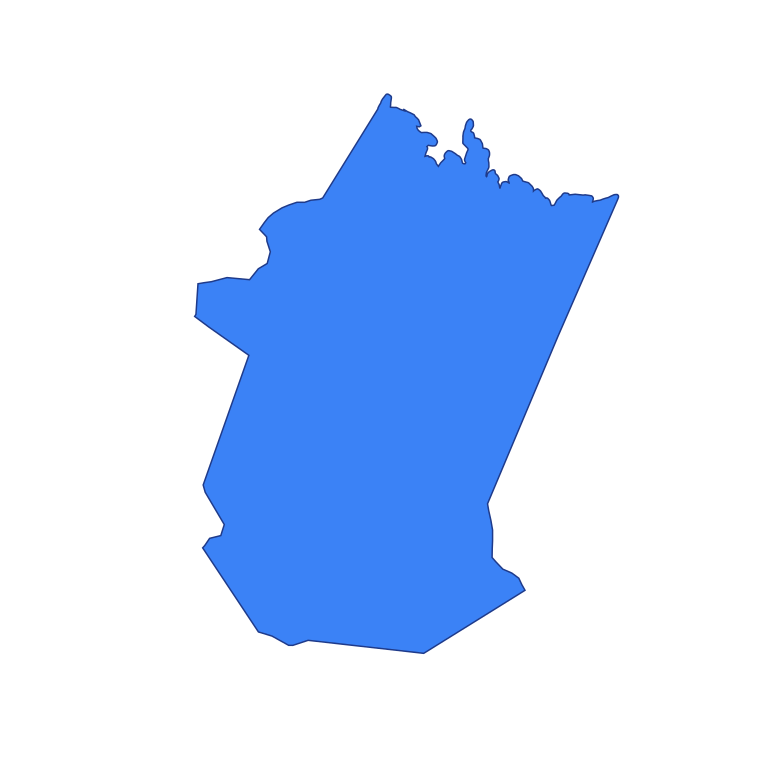 the district of Añisoc, Wele-Nzás, Equatorial Guinea, rotated 203°
{"feature_id": "11065452B27397509806446", "entity_name": "Añisoc", "entity_type": "district", "adm_level": 2, "iso_a3": "GNQ", "parent_name": "Equatorial Guinea", "parent_adm1": "Wele-Nzás", "projection": "natural_earth1", "projection_center": [10.841, 1.768], "detail": "fine", "context": "isolated", "style": "filled", "palette": "blue", "viewbox_px": 768, "rotation_deg": 203, "n_neighbors": 0, "source": "geoboundaries", "source_scale": "gbopen_adm2", "svg_char_len": 5835}
<svg xmlns="http://www.w3.org/2000/svg" viewBox="0 0 768 768"><g transform="rotate(203 384 384)"><path d="M241.0,645.0L241.1,647.2L241.2,647.6L241.3,648.0L241.5,648.4L241.7,648.7L241.9,649.0L242.1,649.1L242.3,649.2L242.6,649.3L242.9,649.5L243.1,649.4L243.3,649.5L243.7,649.4L244.0,649.3L245.5,648.6L245.8,648.3L246.2,648.1L248.6,645.5L250.4,643.3L252.6,641.6L254.9,639.6L256.8,637.7L259.1,636.3L261.8,634.4L262.0,634.2L263.2,633.0L263.3,633.2L263.2,633.6L263.6,635.7L263.7,636.1L263.8,636.5L264.0,636.9L264.3,637.1L264.6,637.4L265.3,637.9L265.5,638.0L266.1,638.2L266.4,638.3L266.6,638.2L266.8,638.2L268.7,637.8L272.8,636.7L273.0,636.5L273.3,636.4L274.5,635.7L282.1,633.4L282.3,633.2L282.5,633.2L287.4,630.4L287.6,630.7L288.4,631.3L288.6,631.3L289.5,631.3L292.2,630.5L293.1,629.8L293.7,628.7L294.4,625.7L294.6,625.5L294.8,625.1L295.1,624.7L296.1,622.3L296.7,620.7L296.7,620.2L296.8,619.8L297.0,616.8L297.3,615.0L299.2,613.9L299.6,613.7L300.5,614.4L302.0,616.3L303.3,617.7L303.7,617.8L304.0,618.1L305.6,618.8L305.8,618.8L306.0,618.9L306.3,618.9L306.7,618.9L306.9,618.8L307.1,618.8L307.3,618.5L307.7,618.4L307.8,618.2L308.0,618.2L308.2,618.3L308.3,618.5L308.6,618.7L308.9,618.9L310.9,619.6L313.0,621.2L315.4,622.9L315.7,622.9L316.0,623.1L317.8,623.6L318.9,623.6L319.8,622.9L321.3,621.1L321.4,620.8L321.6,620.5L321.8,620.0L322.6,621.9L323.3,622.7L324.8,623.8L325.0,623.9L325.2,624.0L329.2,625.6L330.1,625.7L334.4,625.1L335.7,625.1L337.4,626.7L337.8,626.8L338.2,627.1L341.5,628.2L341.8,628.2L342.0,628.2L344.5,628.2L344.9,628.1L345.3,628.0L346.6,627.4L346.8,627.2L347.1,627.0L349.0,625.2L349.6,624.3L349.7,624.2L349.8,623.0L349.6,621.0L349.5,620.8L349.4,620.5L349.3,620.2L349.2,619.9L349.0,619.7L348.8,619.5L347.7,618.5L347.4,617.9L347.8,617.9L350.0,618.2L350.5,618.0L350.9,618.0L353.1,616.6L353.7,615.9L353.8,615.7L354.1,614.7L353.9,610.6L353.6,609.4L353.5,609.2L354.4,610.2L355.7,612.3L356.0,612.5L356.2,612.8L357.8,614.1L358.2,614.6L358.1,614.9L358.1,615.2L358.0,615.4L358.0,616.6L358.2,617.7L358.2,617.8L358.9,618.7L360.8,620.3L361.2,620.4L361.5,620.6L363.5,621.2L364.0,621.7L364.7,622.9L364.9,623.1L365.0,623.4L365.3,623.5L365.5,623.8L366.0,624.0L366.3,623.9L366.6,624.0L366.8,623.9L367.0,623.9L367.3,623.7L367.6,623.6L367.8,623.4L368.0,623.3L369.9,620.9L370.1,620.5L370.3,620.2L370.8,618.7L370.9,618.4L370.9,617.9L371.0,617.5L370.9,617.3L370.9,617.1L370.5,615.5L370.6,615.0L371.3,615.3L371.7,616.3L372.4,618.9L372.2,621.4L372.1,624.0L372.4,625.2L374.0,628.7L374.2,628.9L374.3,629.1L375.2,630.4L376.0,632.1L376.2,635.5L376.4,636.0L376.5,636.5L377.2,638.1L377.5,638.4L377.7,638.8L378.9,640.0L379.3,640.2L379.7,640.4L379.8,640.4L381.4,640.6L381.7,640.6L382.1,640.6L384.9,639.8L385.2,640.0L387.0,643.1L387.2,643.4L387.5,643.8L390.6,646.3L391.0,646.4L391.4,646.6L393.8,646.6L394.0,646.5L395.9,646.2L396.0,646.1L396.6,646.0L396.8,646.0L397.3,647.1L397.5,647.4L397.7,647.7L399.2,649.6L399.5,649.7L399.7,650.0L399.9,650.0L400.2,650.2L400.4,650.2L400.7,650.3L402.0,650.3L402.8,650.6L403.3,651.5L402.9,652.6L402.8,653.0L402.7,653.3L402.5,656.0L402.6,656.5L402.7,657.0L404.3,660.2L404.6,660.5L404.9,660.8L406.6,661.7L407.6,661.8L408.6,661.3L409.3,660.3L410.1,657.9L410.1,657.4L410.2,656.8L410.0,653.8L409.9,653.6L409.9,653.3L409.3,650.8L409.3,647.4L409.2,647.1L409.2,646.7L408.2,642.9L408.0,642.6L406.7,639.4L405.9,637.3L405.7,637.0L405.6,636.7L405.4,636.6L405.3,636.3L405.0,636.2L404.7,636.0L398.9,633.6L398.2,632.5L398.3,629.2L397.7,622.7L397.5,622.3L397.5,621.9L397.4,621.7L397.0,621.2L396.8,620.9L395.2,619.6L395.4,618.6L395.5,618.3L396.7,617.9L397.8,617.9L398.5,618.6L400.2,620.8L400.4,621.0L400.6,621.2L402.7,622.7L403.8,623.1L405.8,623.2L408.2,623.9L412.3,624.6L412.6,624.6L412.9,624.6L415.3,624.2L416.2,623.8L416.3,623.7L416.9,622.8L417.7,620.8L417.9,619.7L417.9,618.5L417.9,618.3L417.9,618.1L417.7,617.7L417.6,617.2L417.4,616.9L416.2,615.2L416.3,614.7L417.1,612.6L418.3,609.6L418.3,609.3L418.4,609.0L418.8,607.0L419.0,605.6L421.7,607.1L423.4,609.0L423.7,609.1L423.9,609.4L426.2,610.6L426.5,610.7L426.9,610.8L429.5,611.2L429.9,611.1L430.3,611.1L430.5,611.1L431.1,610.6L431.5,611.0L432.1,611.2L432.6,611.3L432.7,611.2L432.8,611.2L433.2,611.0L433.6,610.9L435.2,609.6L435.7,613.1L435.7,616.9L436.0,618.1L436.7,619.0L437.3,619.3L436.9,620.2L436.5,621.0L435.6,621.2L432.8,621.9L432.6,622.0L432.4,622.0L430.6,622.9L429.8,623.6L429.7,623.7L429.4,624.8L429.3,626.6L429.4,627.7L429.5,627.9L430.1,628.7L432.0,630.4L432.4,630.6L432.7,630.8L435.4,631.8L438.5,632.8L438.9,632.8L439.3,632.8L442.7,632.4L442.9,632.3L443.2,632.2L445.5,631.2L447.7,630.1L448.7,630.1L451.5,630.9L453.4,632.2L454.6,634.0L452.0,634.5L450.9,636.1L455.4,640.7L457.6,641.7L459.5,642.3L461.5,643.6L465.7,643.9L468.7,643.9L473.7,644.6L470.4,643.6L476.9,643.1L477.3,643.2L477.7,643.3L480.5,643.4L481.5,643.1L482.3,642.7L486.2,641.3L486.4,641.5L486.8,643.0L486.9,643.4L487.7,645.4L489.0,650.4L489.3,650.8L489.5,651.3L490.1,651.6L490.4,651.9L490.5,651.9L493.1,652.4L493.5,652.3L493.9,652.3L494.0,652.2L494.5,652.0L494.9,651.7L495.1,651.5L495.2,651.1L495.4,650.7L496.7,645.8L497.0,643.5L496.9,643.1L497.0,642.7L496.8,641.4L497.2,638.9L497.4,636.1L497.2,635.0L497.2,634.9L497.2,634.3L513.1,531.3L515.3,528.9L523.1,524.6L528.1,520.2L535.1,517.3L541.6,511.5L546.7,506.3L552.5,498.2L555.6,492.0L557.2,486.0L559.0,477.7L549.6,473.6L547.5,469.6L540.3,461.3L538.6,449.3L544.7,441.0L548.5,427.5L570.1,420.6L582.9,410.7L589.1,407.0L594.4,403.6L584.3,374.6L584.7,372.2L567.1,367.9L519.6,357.6L511.0,220.4L506.3,214.5L476.1,192.2L475.0,180.7L484.2,173.8L485.9,165.2L486.9,162.3L402.7,106.7L388.6,108.2L369.7,106.2L365.8,107.8L353.7,118.4L242.2,151.6L173.6,249.2L178.8,253.2L184.0,257.9L192.4,259.9L202.3,260.0L211.7,264.1L216.7,266.5L220.1,274.9L222.8,282.1L227.0,292.0L232.3,300.2L238.1,308.3L241.9,314.2L242.5,496.1L241.0,645.0Z" fill="#3b82f6" stroke="#1e3a8a" stroke-width="1.5"/></g></svg>